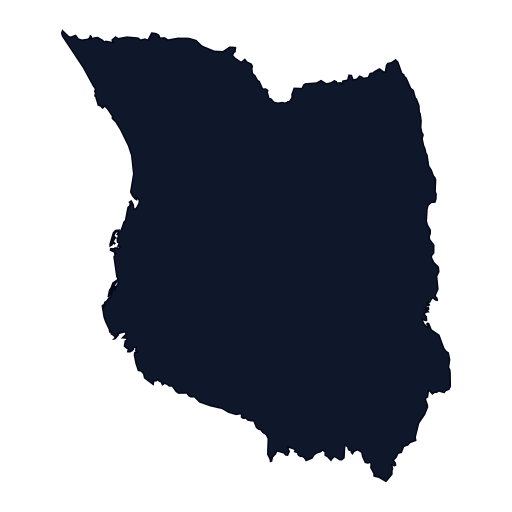 the district of Belo Sur Tsiribihina, Menabe, Madagascar
{"feature_id": "10022922B50417492685621", "entity_name": "Belo Sur Tsiribihina", "entity_type": "district", "adm_level": 2, "iso_a3": "MDG", "parent_name": "Madagascar", "parent_adm1": "Menabe", "projection": "natural_earth1", "projection_center": [44.851, -19.66], "detail": "fine", "context": "isolated", "style": "filled", "palette": "ink", "viewbox_px": 512, "rotation_deg": 0, "n_neighbors": 0, "source": "geoboundaries", "source_scale": "gbopen_adm2", "svg_char_len": 5989}
<svg xmlns="http://www.w3.org/2000/svg" viewBox="0 0 512 512"><path d="M62.5,30.7L61.7,33.3L62.6,36.2L83.4,67.5L93.8,86.6L94.9,87.6L95.4,89.5L94.7,91.4L95.6,93.0L94.9,95.9L95.7,96.4L98.3,105.1L99.0,104.7L99.6,105.7L100.8,105.9L102.4,108.0L103.3,107.6L103.1,106.4L104.3,106.5L104.7,105.9L107.5,108.7L111.8,115.0L112.7,116.7L112.2,117.9L112.8,118.9L115.8,121.8L120.6,129.5L128.5,145.6L131.7,155.3L133.7,173.9L130.7,192.0L132.6,195.8L134.9,198.6L136.7,199.7L136.9,198.8L135.6,197.0L138.7,199.1L139.3,200.3L139.2,202.9L137.8,205.9L136.0,208.7L133.9,209.4L133.1,204.5L132.0,202.4L131.2,201.0L129.4,202.1L130.8,204.6L129.8,205.0L129.7,206.9L129.0,207.7L128.5,206.9L128.0,207.5L125.5,220.6L124.1,221.9L121.1,230.6L117.1,234.3L118.6,235.4L117.2,240.1L117.6,242.3L118.8,242.4L119.0,244.4L117.9,246.1L120.1,246.6L118.9,248.9L117.5,247.9L114.9,248.0L113.9,249.6L114.3,252.1L116.1,253.6L114.8,253.6L115.1,255.4L114.0,256.8L116.8,276.2L118.3,280.0L117.9,284.2L115.6,287.3L115.1,289.7L114.0,288.2L114.7,286.4L114.3,286.3L112.5,290.1L112.5,291.4L111.4,292.7L110.8,297.4L109.5,297.4L106.2,301.7L104.9,302.2L104.5,304.1L105.2,306.0L103.4,306.0L103.6,308.9L103.1,305.1L102.3,305.9L104.1,317.1L105.6,321.4L109.2,329.0L109.8,332.0L111.3,332.0L111.2,334.4L111.6,332.7L112.0,334.4L113.9,335.5L115.3,337.6L114.1,338.9L115.1,338.7L118.4,334.8L117.8,333.6L124.8,331.8L126.5,333.8L122.5,337.8L126.5,338.1L127.3,340.1L125.3,340.9L124.4,346.0L126.4,348.0L128.4,348.4L127.8,351.7L129.9,351.8L131.9,350.8L133.4,349.2L133.5,347.5L136.2,347.1L135.7,350.7L137.5,351.1L137.6,352.3L134.8,352.5L134.4,355.2L136.1,363.6L138.4,370.5L141.1,370.9L143.7,373.8L144.6,377.9L153.2,384.4L153.7,380.9L156.3,380.8L157.5,379.3L159.5,381.4L161.2,381.7L162.4,384.7L164.6,383.3L167.3,384.3L169.3,386.0L172.3,385.9L176.2,391.5L178.6,393.1L186.8,393.0L188.9,395.7L190.7,396.8L194.5,396.7L199.7,402.0L210.7,405.8L222.2,408.4L228.4,412.1L233.2,413.6L236.3,414.4L240.8,413.6L241.6,414.6L241.5,417.0L242.1,417.7L244.1,418.4L245.8,417.9L248.0,420.1L252.0,420.9L253.7,420.5L256.5,427.4L258.6,429.2L260.7,429.6L263.2,432.7L266.3,434.5L268.3,438.7L267.7,454.2L270.1,459.0L270.5,461.4L271.6,461.0L272.4,457.1L275.5,453.8L276.8,450.8L284.0,452.9L285.7,454.9L287.6,455.2L289.3,451.3L288.2,449.4L288.0,446.9L288.5,446.5L289.4,447.4L294.7,449.2L295.2,450.1L294.7,451.7L297.2,452.3L298.5,455.2L300.5,456.4L302.0,456.1L304.5,457.7L306.1,460.5L312.0,458.1L314.1,454.7L316.7,452.9L320.6,451.7L322.6,450.0L325.2,451.9L325.2,455.3L327.5,456.5L331.0,460.3L332.3,458.2L334.7,456.4L339.8,459.7L341.6,459.8L344.0,457.8L344.7,445.6L346.1,445.7L347.8,446.7L348.6,449.8L351.2,450.8L351.5,452.6L352.5,453.7L353.9,451.4L357.5,449.7L361.9,452.3L362.6,456.4L365.3,462.4L367.8,463.0L370.1,462.4L371.2,463.2L370.9,467.7L373.9,473.3L374.1,476.1L378.8,477.2L385.9,481.3L386.9,480.3L391.9,474.2L391.9,470.9L392.6,468.6L391.6,465.2L394.8,465.7L395.6,465.1L395.1,462.7L393.2,460.4L396.2,457.1L397.8,453.3L401.3,452.4L403.6,446.4L407.9,444.9L409.9,442.5L415.7,440.4L415.2,437.0L418.6,423.2L424.6,414.3L427.5,407.1L427.4,405.2L425.4,399.6L426.2,397.3L427.5,397.0L428.3,391.1L429.5,390.7L432.4,393.9L434.3,392.3L436.8,392.2L438.5,390.9L444.1,392.5L445.6,390.6L449.0,389.2L450.3,386.3L450.1,372.7L449.8,370.1L448.5,367.4L449.6,359.6L448.2,352.8L446.1,351.5L443.8,348.4L438.9,335.2L431.2,329.9L428.8,323.9L427.9,323.2L426.8,324.0L428.1,325.6L427.9,326.8L426.2,326.4L423.8,323.8L421.8,319.2L426.0,320.6L426.6,320.2L426.3,316.7L423.8,313.8L426.4,312.0L428.2,311.8L427.2,310.6L424.4,309.9L425.0,309.1L428.0,309.9L428.6,309.4L428.3,307.4L426.4,308.0L425.4,307.1L425.8,306.2L429.3,305.0L429.1,304.2L427.4,303.5L427.5,302.8L429.8,302.0L431.4,298.9L432.8,297.7L435.6,300.0L437.3,300.3L437.3,299.6L436.7,297.8L435.4,296.7L435.3,295.0L437.9,289.1L436.6,276.2L438.8,271.7L438.3,267.1L433.7,262.5L431.4,257.7L431.4,255.7L433.7,252.9L433.8,245.1L429.5,239.5L429.2,236.3L430.2,233.6L430.3,230.2L427.5,225.4L426.3,221.2L427.0,209.2L427.9,205.5L431.0,202.5L434.9,202.1L435.9,199.0L436.1,194.2L435.1,191.3L435.6,179.8L434.7,177.4L433.4,176.1L431.2,170.1L428.6,166.1L427.0,155.0L425.8,153.2L424.9,148.7L423.5,145.5L422.1,138.7L423.1,134.9L421.7,132.3L420.7,127.5L421.1,120.9L420.1,113.7L419.2,112.0L418.9,105.6L416.5,99.3L415.2,97.7L413.2,90.4L410.6,88.4L406.1,78.1L404.2,76.3L403.7,74.7L401.8,73.5L397.8,62.1L395.6,59.9L391.3,62.8L387.7,63.5L386.5,65.4L385.4,72.2L383.5,71.9L379.5,68.9L374.4,71.7L373.5,72.9L370.2,73.5L368.2,77.7L362.9,78.4L362.5,77.5L359.7,76.2L356.8,79.3L353.0,79.9L351.4,75.5L349.0,75.2L347.7,80.1L342.7,81.2L342.5,83.6L341.8,84.2L340.8,82.8L336.8,83.2L336.3,81.7L334.3,80.8L331.5,82.7L326.3,84.0L321.0,80.6L316.9,83.0L305.3,83.9L303.7,85.1L302.1,88.6L294.2,88.3L292.0,94.3L292.1,97.6L289.6,101.6L287.6,101.8L286.8,102.8L283.9,103.2L282.9,102.5L277.8,103.2L273.9,102.3L270.9,98.9L269.0,98.7L267.2,92.5L267.7,90.4L265.6,89.0L262.6,89.2L259.2,81.5L257.5,80.5L254.8,75.6L252.4,73.6L251.8,68.8L252.3,66.3L251.3,64.2L246.8,62.0L244.8,59.4L241.2,62.5L234.8,58.1L232.4,55.5L233.9,52.2L235.0,51.8L235.5,47.7L234.9,47.5L229.7,47.2L223.1,51.7L214.2,51.3L203.1,46.7L201.3,45.7L196.1,40.6L191.5,39.2L188.5,38.4L178.0,38.3L167.9,40.1L164.7,37.9L160.0,38.2L158.7,35.2L156.1,33.7L151.8,33.0L148.0,40.2L144.8,39.1L140.5,40.2L138.0,38.1L127.0,37.1L118.2,38.7L115.6,37.0L112.1,40.0L113.3,42.7L105.8,41.3L103.8,42.2L102.8,40.5L97.6,37.5L92.0,38.4L91.9,39.1L91.2,38.7L91.3,36.7L90.3,35.9L89.8,37.7L87.9,39.3L81.9,40.2L78.2,39.0L75.6,35.4L70.9,37.2L68.8,36.8L62.5,30.7ZM116.4,282.3L116.7,280.4L112.9,283.0L111.0,288.2L109.6,290.1L108.3,296.4L108.9,296.5L111.8,290.6L112.8,287.0L116.4,282.3ZM119.1,230.1L115.5,230.5L113.4,232.8L110.1,244.0L110.1,246.0L111.8,244.9L111.3,244.6L112.3,240.2L114.9,233.1L116.5,231.6L118.1,231.9L119.1,230.1ZM113.7,248.7L110.7,248.7L110.5,250.2L113.9,251.9L113.3,250.1L113.7,248.7ZM115.8,237.9L114.9,237.1L114.1,238.2L112.8,240.6L112.5,243.7L113.9,243.0L114.4,243.8L114.9,243.3L113.0,241.8L115.0,238.0L115.8,237.9Z" fill="#0f172a" stroke="#020617" stroke-width="1.5"/></svg>